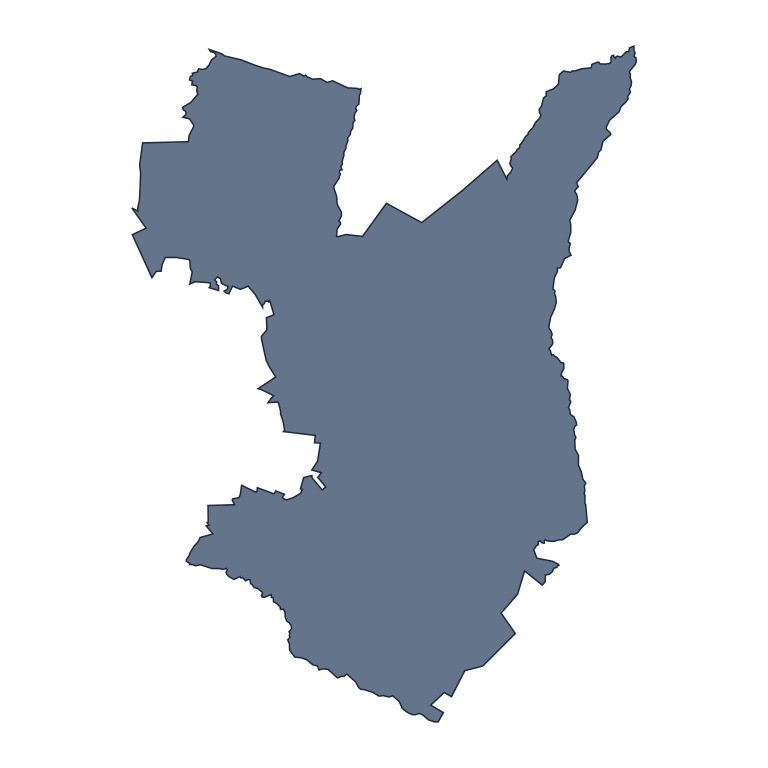 outline of Goromonzi, Mashonaland East, Zimbabwe
{"feature_id": "62879985B13905566839040", "entity_name": "Goromonzi", "entity_type": "district", "adm_level": 2, "iso_a3": "ZWE", "parent_name": "Zimbabwe", "parent_adm1": "Mashonaland East", "projection": "albers", "projection_center": [31.401, -17.8], "detail": "fine", "context": "isolated", "style": "filled", "palette": "slate", "viewbox_px": 768, "rotation_deg": 0, "n_neighbors": 0, "source": "geoboundaries", "source_scale": "gbopen_adm2", "svg_char_len": 6041}
<svg xmlns="http://www.w3.org/2000/svg" viewBox="0 0 768 768"><path d="M209.2,49.4L210.3,51.5L214.1,52.6L215.9,54.5L215.9,56.5L211.4,60.0L209.0,65.0L206.0,68.6L202.3,69.5L198.6,68.8L197.4,71.9L192.2,73.3L192.8,75.4L190.3,76.5L189.5,79.9L192.6,81.3L191.6,84.7L196.2,85.7L197.3,86.7L196.7,90.7L197.8,94.3L190.8,102.4L182.6,107.3L183.3,109.8L185.6,111.4L186.1,113.4L185.9,114.4L182.9,117.3L189.5,118.9L193.7,125.0L193.5,126.9L189.2,135.2L188.3,141.7L142.6,142.9L139.6,165.1L140.6,172.9L140.1,187.7L139.4,200.5L137.8,207.6L137.8,211.1L131.8,207.9L146.1,228.2L132.3,234.7L151.9,277.7L156.2,271.4L161.2,271.2L162.1,264.7L165.2,257.5L176.5,257.5L189.0,259.5L189.9,261.1L190.4,268.5L192.2,271.9L189.8,284.1L195.1,281.7L210.1,282.8L210.4,286.2L209.2,287.7L218.6,290.5L218.5,285.6L216.4,284.3L216.7,281.9L214.6,279.8L217.4,276.9L220.5,278.7L221.5,283.5L228.3,286.5L227.1,289.4L224.1,291.2L226.6,293.3L229.0,293.7L232.5,286.1L240.4,289.4L248.2,286.2L255.3,294.7L262.6,307.3L262.6,304.8L264.2,303.7L265.4,301.1L267.8,301.3L268.8,300.5L268.8,301.8L269.9,301.0L273.9,314.7L266.4,317.7L266.9,329.8L261.4,336.3L261.5,339.2L266.2,360.4L269.4,367.0L275.7,377.0L258.0,388.7L260.9,389.4L273.8,395.8L271.3,398.0L268.0,402.8L277.7,402.0L278.6,403.3L280.8,412.2L280.4,413.6L283.1,421.5L284.6,430.1L283.4,431.6L315.2,435.4L314.5,442.8L320.4,443.1L317.6,461.1L311.8,470.0L321.3,472.7L317.8,477.4L325.8,487.0L322.2,489.9L312.1,477.9L311.8,475.5L303.7,477.6L300.4,488.8L302.4,489.4L300.5,493.4L293.1,497.7L286.6,499.9L283.3,498.7L282.4,497.3L284.5,494.3L275.8,490.9L274.1,493.9L257.3,487.7L257.1,491.1L255.9,492.2L241.6,485.3L240.3,494.3L239.0,497.6L232.6,498.9L232.2,500.2L234.6,504.7L208.0,505.5L208.2,521.9L207.0,522.6L209.1,525.2L206.1,525.9L213.0,533.9L200.2,537.5L198.3,541.5L194.0,546.3L190.5,551.9L189.1,555.6L186.3,559.8L186.3,561.2L190.2,563.8L189.7,564.5L192.4,564.6L195.7,565.8L200.1,564.7L212.0,568.5L220.0,568.6L222.6,569.4L226.5,568.5L227.5,569.9L226.0,572.3L226.8,574.4L229.1,576.7L234.0,579.4L240.1,576.6L240.7,577.9L242.5,577.7L245.6,580.8L248.8,579.4L250.0,579.7L250.5,583.5L252.3,584.6L254.1,587.5L257.6,588.4L262.4,592.4L262.5,593.6L261.4,595.2L262.2,597.1L264.1,597.4L271.1,594.6L271.4,597.5L273.2,597.7L273.5,601.8L276.0,602.9L280.0,606.7L280.5,609.5L283.4,609.1L285.0,612.4L285.2,617.0L286.9,621.3L289.1,622.7L291.2,625.6L291.6,628.5L289.0,631.8L289.9,632.8L289.3,635.6L289.9,637.2L287.7,639.9L289.4,643.9L289.6,650.2L294.8,657.1L301.1,657.8L306.3,659.5L312.7,664.7L317.6,666.1L319.1,670.0L322.2,668.9L328.1,669.4L337.4,677.9L341.5,676.3L344.2,676.4L345.8,674.6L347.1,674.3L355.8,682.1L358.6,687.5L360.9,689.4L364.2,689.6L372.7,692.3L379.0,696.1L383.4,695.6L388.7,697.0L392.7,695.8L399.2,701.4L402.2,708.2L406.4,711.8L412.0,714.6L415.4,714.7L419.2,713.4L422.4,714.7L428.4,719.8L434.4,721.9L438.2,721.9L443.3,712.6L430.7,705.1L444.3,692.5L451.5,696.7L464.8,670.7L482.8,666.0L515.3,633.5L501.1,613.1L517.6,594.2L524.6,570.9L542.3,585.2L545.2,581.6L545.4,575.1L549.3,574.3L552.2,571.8L553.9,568.2L556.9,567.4L557.6,565.7L558.9,565.4L558.4,564.3L552.7,561.3L536.9,558.2L533.6,549.4L535.6,547.4L535.7,546.3L538.2,544.7L538.2,541.6L540.2,540.8L542.0,542.9L544.3,543.2L544.3,540.6L545.1,539.9L547.0,540.9L553.8,541.4L558.3,540.0L562.9,539.7L570.8,534.1L574.4,534.2L577.6,532.9L581.5,527.6L587.3,522.3L585.6,504.2L584.9,503.7L585.0,495.4L584.2,493.9L584.9,490.3L584.3,486.1L585.8,483.0L582.9,479.3L581.3,471.7L578.4,465.1L578.5,455.4L575.1,449.1L574.8,440.1L575.9,437.3L574.7,435.1L573.7,429.3L574.9,426.5L576.7,424.8L576.4,422.5L573.9,416.8L570.4,414.5L569.7,409.7L568.5,407.7L570.8,401.7L569.5,399.2L570.4,394.7L567.4,388.4L568.0,380.7L567.3,379.6L563.8,378.6L562.5,376.3L561.2,376.2L561.6,372.5L563.9,368.6L563.7,363.3L563.0,362.7L561.1,362.8L556.9,357.3L554.7,356.4L553.5,354.6L551.6,355.1L550.4,350.6L548.9,349.0L552.7,343.9L552.6,340.1L551.0,337.5L552.2,334.3L550.9,330.8L549.2,328.7L548.9,326.6L550.7,317.1L554.5,308.8L556.3,302.7L555.7,296.4L554.5,293.7L555.0,291.1L553.0,288.8L554.3,277.9L557.6,271.0L557.2,268.2L560.4,267.9L564.8,258.4L571.1,255.2L569.0,251.0L569.2,247.2L570.3,244.1L570.0,243.1L568.4,242.1L568.3,240.9L570.8,232.3L570.8,224.9L569.8,220.1L575.2,210.1L577.7,200.0L576.8,194.7L574.9,191.6L575.0,190.3L578.3,186.6L576.5,182.9L597.3,157.7L598.7,151.9L601.0,149.8L603.0,141.2L610.8,134.5L610.1,132.6L606.4,129.2L606.4,126.9L609.6,120.2L619.1,111.8L621.1,106.5L625.9,102.1L628.2,98.5L627.6,96.6L630.4,92.4L629.4,88.5L630.9,86.3L631.6,82.3L630.2,77.4L630.4,74.2L629.3,71.7L635.1,64.5L636.2,61.9L636.1,58.1L634.0,56.3L635.1,53.0L634.0,50.4L633.9,46.1L629.5,47.9L628.7,51.7L626.5,51.6L621.0,57.0L617.4,56.1L616.0,56.8L615.4,58.3L614.2,57.3L613.6,55.2L611.6,55.9L610.9,57.6L611.1,61.6L610.1,63.2L605.6,64.1L600.1,63.9L598.7,62.2L597.0,62.3L591.9,64.4L591.3,67.8L581.8,68.7L574.7,71.0L572.1,70.9L570.7,72.3L563.4,71.0L559.9,74.1L559.2,75.3L558.5,83.4L557.8,84.8L553.4,88.8L546.1,91.8L546.3,95.7L543.5,98.0L541.5,106.1L539.2,109.3L539.5,112.7L540.9,114.8L539.7,118.1L535.4,122.5L532.9,127.6L528.2,132.6L528.2,134.1L525.7,136.4L521.5,143.4L519.8,144.8L519.8,146.8L519.0,148.4L517.3,149.3L515.7,152.1L510.9,156.7L511.3,159.1L509.8,163.3L511.3,166.8L512.4,167.6L512.4,168.7L510.8,172.0L507.4,175.7L506.9,179.3L497.2,160.2L462.5,190.4L421.7,222.6L386.4,203.3L362.5,236.4L346.1,234.5L337.6,236.7L336.6,236.4L337.0,229.3L340.5,224.2L340.5,222.4L338.7,220.9L341.5,216.0L341.4,212.2L337.2,204.4L336.6,196.1L334.0,188.5L333.9,186.2L339.3,178.0L339.3,176.4L340.5,174.2L339.3,172.1L339.9,170.2L342.1,169.8L340.9,166.7L342.4,163.8L342.1,161.6L344.0,155.0L343.7,152.9L346.0,148.1L345.9,146.3L348.0,140.2L347.6,138.1L350.2,134.6L350.8,130.9L352.7,128.4L353.1,122.6L354.9,120.4L354.0,117.5L354.9,113.0L356.8,110.8L355.6,108.3L356.5,106.2L358.9,104.1L359.4,95.2L360.4,93.6L361.0,88.6L358.8,89.3L357.5,88.4L347.8,87.9L332.7,80.8L327.0,82.4L320.4,78.6L312.8,79.2L307.2,76.9L305.5,75.1L303.8,76.1L299.5,73.6L289.8,76.5L269.0,69.0L263.3,68.0L254.5,65.0L241.3,59.9L224.5,55.9L221.8,53.8L209.2,49.4Z" fill="#64748b" stroke="#1e293b" stroke-width="1.5"/></svg>